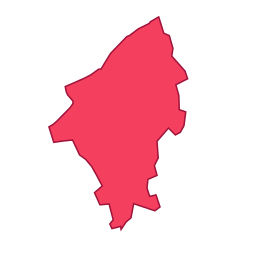 the district of Uzbekistan, Ferghana, Uzbekistan, rotated 158°
{"feature_id": "79887680B27601964839948", "entity_name": "Uzbekistan", "entity_type": "district", "adm_level": 2, "iso_a3": "UZB", "parent_name": "Uzbekistan", "parent_adm1": "Ferghana", "projection": "orthographic", "projection_center": [70.87, 40.347], "detail": "fine", "context": "isolated", "style": "filled", "palette": "rose", "viewbox_px": 256, "rotation_deg": 158, "n_neighbors": 0, "source": "geoboundaries", "source_scale": "gbopen_adm2", "svg_char_len": 908}
<svg xmlns="http://www.w3.org/2000/svg" viewBox="0 0 256 256"><g transform="rotate(158 128 128)"><path d="M202.2,142.5L193.2,140.3L183.9,137.6L183.0,121.2L179.0,114.8L176.1,106.0L174.8,95.7L173.6,83.9L183.3,80.6L182.8,67.3L174.0,64.6L176.1,48.5L180.8,45.8L180.6,40.7L171.7,39.5L172.4,36.5L165.1,41.5L158.9,43.6L151.1,55.7L134.1,41.2L127.9,42.8L127.1,55.5L133.5,56.5L132.9,65.1L128.8,72.9L118.8,73.2L117.6,83.3L111.2,88.9L106.1,104.8L90.5,112.8L86.7,103.8L81.1,104.4L75.3,109.1L68.4,121.3L73.6,125.8L68.7,139.1L67.4,150.2L54.3,151.3L53.8,159.4L60.5,178.2L56.5,185.0L55.1,198.2L59.3,202.5L57.9,219.5L58.2,219.5L67.6,218.1L69.1,217.0L81.2,216.1L91.9,213.2L94.9,213.2L116.2,203.7L130.9,192.8L133.2,193.5L142.7,191.2L150.1,190.5L170.7,189.9L171.7,184.9L171.6,181.4L168.9,173.4L170.1,171.1L174.0,168.6L191.9,160.8L196.4,159.3L200.9,158.7L202.2,142.5Z" fill="#f43f5e" stroke="#9f1239" stroke-width="1.5"/></g></svg>